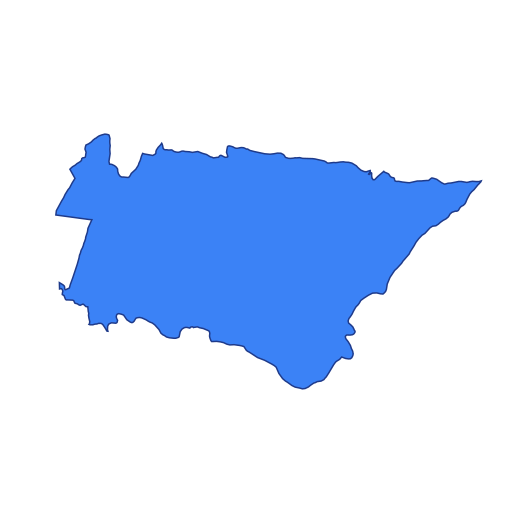 Granada, Cundinamarca, Colombia, rotated 192°
{"feature_id": "7082276B82763830232556", "entity_name": "Granada", "entity_type": "district", "adm_level": 2, "iso_a3": "COL", "parent_name": "Colombia", "parent_adm1": "Cundinamarca", "projection": "albers", "projection_center": [-74.329, 4.525], "detail": "fine", "context": "isolated", "style": "filled", "palette": "blue", "viewbox_px": 512, "rotation_deg": 192, "n_neighbors": 0, "source": "geoboundaries", "source_scale": "gbopen_adm2", "svg_char_len": 6114}
<svg xmlns="http://www.w3.org/2000/svg" viewBox="0 0 512 512"><g transform="rotate(192 256 256)"><path d="M173.1,143.7L171.6,144.5L170.1,145.8L166.3,147.2L163.9,149.2L163.1,150.9L162.2,152.3L160.6,156.5L157.4,165.9L156.1,168.8L155.2,169.9L152.7,172.3L151.2,175.0L147.1,174.4L144.1,174.6L142.3,175.1L141.2,176.4L140.6,178.6L140.6,180.5L141.7,183.1L143.5,185.4L145.1,188.2L148.1,191.4L150.6,193.5L151.3,194.3L151.9,195.9L151.5,196.8L150.8,197.6L147.6,198.2L145.4,199.0L144.8,199.5L144.3,199.9L143.7,201.0L143.3,202.4L143.7,203.3L144.4,203.8L145.0,204.8L146.6,206.8L148.9,208.3L151.4,209.6L152.4,211.6L152.1,214.2L151.2,216.0L150.0,219.0L149.2,222.3L148.2,225.5L147.5,227.3L146.2,229.2L145.2,231.3L144.4,233.9L144.0,234.6L141.5,237.4L137.8,241.1L134.3,243.9L130.2,245.0L126.4,244.9L123.9,245.2L122.9,246.5L121.9,248.2L121.5,250.4L121.8,255.9L120.5,262.9L117.4,270.7L115.6,273.2L112.1,279.1L111.2,281.5L106.6,289.8L106.1,292.0L103.5,298.9L102.4,302.6L100.4,306.8L97.9,310.9L95.5,313.2L91.6,319.8L89.6,321.8L86.3,323.0L84.3,325.0L82.6,327.3L80.3,329.8L77.9,331.8L76.1,334.1L75.4,335.8L75.1,337.1L73.5,339.4L70.4,341.3L68.9,341.6L68.1,342.1L67.5,342.8L66.6,345.5L65.6,347.1L63.7,348.7L62.5,350.5L62.0,352.0L61.4,355.3L59.8,361.0L58.4,363.7L56.5,366.3L53.7,371.8L53.1,372.6L51.5,375.3L51.3,376.3L53.3,375.2L56.1,374.6L59.7,374.1L62.2,373.2L63.2,372.6L65.1,371.8L70.5,371.6L73.1,371.1L80.3,368.0L83.3,367.1L86.2,365.6L87.1,365.6L89.8,366.3L95.2,368.6L98.2,368.9L100.2,368.9L100.9,368.3L102.8,365.9L103.3,365.6L104.2,365.5L108.0,364.4L109.8,363.8L113.8,362.9L121.0,359.6L122.9,359.3L128.2,358.8L132.0,358.7L134.0,358.2L135.5,358.3L136.3,359.3L136.8,360.6L137.5,361.1L139.7,361.1L141.1,361.7L143.3,363.8L144.2,364.1L147.8,364.8L148.6,365.4L153.5,359.0L155.6,355.6L156.3,355.1L157.4,355.0L158.5,356.3L158.8,356.3L159.7,359.0L160.0,360.8L160.3,361.3L160.6,361.4L161.2,361.1L161.6,360.4L161.7,359.7L162.2,359.3L162.9,359.4L162.9,359.8L162.4,360.6L161.9,362.2L161.8,362.8L162.1,363.4L165.7,361.3L167.9,361.1L171.3,361.8L174.7,363.7L176.6,365.1L181.5,366.8L184.8,366.9L188.0,366.4L190.1,366.3L193.0,365.5L196.2,364.3L197.8,363.8L199.2,363.7L203.6,362.2L205.0,361.8L206.1,362.0L207.1,362.6L209.0,363.1L218.4,363.2L220.9,363.0L230.7,361.2L233.8,361.3L236.4,360.5L238.4,360.1L239.7,359.5L242.7,358.6L244.5,358.3L247.7,358.6L249.1,360.1L250.2,360.9L253.0,361.7L256.4,361.1L259.8,359.7L263.4,358.5L268.7,357.8L279.2,357.8L284.0,358.0L286.4,358.9L287.5,358.6L289.8,359.2L291.0,359.3L293.1,359.0L296.6,357.5L298.2,357.2L300.2,357.6L301.3,358.0L304.6,358.2L306.0,357.8L306.6,357.0L306.6,353.9L306.4,351.3L304.6,348.2L304.3,347.4L304.4,347.0L305.6,346.4L306.8,346.1L311.0,347.2L311.8,347.0L312.4,346.4L312.9,345.3L313.4,344.7L314.6,344.4L318.0,343.1L319.7,343.5L321.2,343.5L325.5,345.0L329.8,345.3L334.7,346.1L339.8,344.1L342.8,344.1L346.9,343.5L349.1,343.5L350.4,343.1L352.9,341.5L354.8,341.1L356.6,341.1L358.3,341.3L359.9,342.1L360.7,342.2L363.8,341.4L365.3,341.4L366.9,341.0L368.1,341.2L369.1,341.8L370.3,344.6L371.1,346.0L371.7,346.7L372.5,344.8L374.3,341.9L375.5,338.8L375.6,337.1L375.3,335.8L375.6,334.9L377.8,332.9L386.4,332.6L388.2,332.8L388.8,329.8L389.1,325.4L389.8,322.4L390.0,320.2L391.6,315.9L395.2,310.8L395.7,308.8L396.4,307.1L397.4,306.2L402.0,305.7L403.3,305.4L404.3,305.4L405.8,306.0L407.5,307.6L408.8,309.9L409.5,312.3L411.0,313.8L413.1,314.9L415.9,315.6L417.1,315.6L418.3,315.3L419.5,317.9L420.0,325.8L421.2,329.9L421.6,333.7L422.5,336.1L423.0,338.3L423.2,340.4L424.8,343.6L425.3,343.9L427.2,344.0L429.2,343.8L431.8,342.5L434.4,340.9L436.1,339.2L436.8,338.2L437.6,337.7L439.4,335.6L440.8,333.3L443.1,330.9L445.4,329.2L445.6,327.2L445.5,325.0L444.1,322.7L443.7,321.9L443.7,320.0L443.5,318.3L443.6,317.1L444.5,316.5L446.0,315.9L446.7,315.0L446.6,313.4L447.1,312.4L448.1,311.2L450.3,309.2L451.7,307.3L454.0,305.2L454.9,304.0L456.1,302.2L449.2,294.3L451.0,289.3L452.5,283.9L453.6,281.9L455.5,276.6L456.3,273.0L457.6,269.3L460.7,258.8L460.3,254.5L426.9,257.0L424.1,257.4L426.1,248.2L425.9,244.3L426.5,238.9L426.3,237.6L426.6,234.7L427.0,232.7L427.1,230.0L427.3,229.1L427.4,228.1L428.2,225.3L428.3,224.1L428.4,222.1L428.8,220.2L428.7,217.4L429.1,210.9L430.7,196.5L431.7,189.4L431.9,185.9L434.7,183.8L435.3,183.5L435.7,183.4L436.4,184.3L436.7,185.7L437.2,186.7L438.4,187.5L440.2,188.2L442.8,189.1L441.3,182.9L440.2,183.4L439.5,183.6L438.8,183.1L437.9,182.0L437.6,180.9L437.7,179.5L437.5,178.0L435.6,177.4L433.4,174.1L432.5,173.6L431.1,173.9L426.2,174.7L425.6,174.6L424.8,174.2L423.5,172.3L422.2,172.1L420.8,172.1L419.2,171.4L417.8,171.2L415.4,172.9L414.7,172.9L411.9,171.2L410.8,171.2L410.0,171.4L408.5,166.8L407.7,165.2L407.5,163.1L406.5,160.5L405.0,157.3L404.8,155.2L405.2,154.4L404.1,154.2L401.2,154.8L400.3,155.4L399.0,156.0L398.1,156.2L397.0,156.7L396.2,157.3L394.1,157.8L393.3,157.8L392.4,157.5L391.5,157.0L389.6,155.2L387.4,152.9L386.7,152.0L386.1,151.5L385.2,151.6L386.0,153.2L386.5,156.5L386.0,158.6L384.8,159.7L383.4,160.6L379.2,161.1L378.6,161.5L378.1,162.1L378.0,164.3L379.2,165.7L380.0,167.3L380.1,168.0L380.1,169.3L379.6,170.3L378.3,171.1L375.6,171.1L373.2,170.7L369.1,166.8L365.2,165.2L363.9,165.0L363.1,165.2L362.5,165.7L361.7,166.8L360.9,169.2L360.3,170.4L358.6,171.2L356.9,171.7L354.7,171.7L350.1,170.7L347.8,169.8L346.0,169.3L343.5,168.9L340.7,167.6L335.6,163.9L332.9,160.7L330.6,159.5L329.1,159.2L326.8,158.2L325.6,158.1L323.7,158.0L318.9,158.5L317.3,158.9L314.9,160.3L314.4,161.0L314.4,166.2L313.3,168.9L312.7,169.6L311.3,170.9L310.4,171.4L308.8,171.8L307.3,171.8L306.2,171.7L305.7,171.8L305.6,172.2L305.0,172.9L303.7,173.5L303.1,173.5L302.3,173.0L301.8,173.3L298.6,174.5L296.3,174.1L292.4,174.1L286.7,173.0L285.8,172.2L285.1,170.7L284.9,168.7L284.7,167.7L284.0,166.2L282.5,163.8L281.5,163.1L276.8,164.3L273.0,164.6L269.6,164.5L266.2,163.7L263.1,163.6L259.0,164.7L253.4,165.1L251.2,165.1L249.0,164.9L245.8,161.7L244.3,161.0L242.4,160.5L233.4,157.0L225.9,155.8L218.2,153.6L215.3,152.6L213.1,151.4L209.2,145.9L204.5,141.6L201.2,139.8L198.9,139.0L194.0,136.8L190.5,135.9L185.6,135.9L183.0,135.7L180.4,136.6L177.5,138.8L175.8,140.9L173.1,143.7Z" fill="#3b82f6" stroke="#1e3a8a" stroke-width="1.5"/></g></svg>